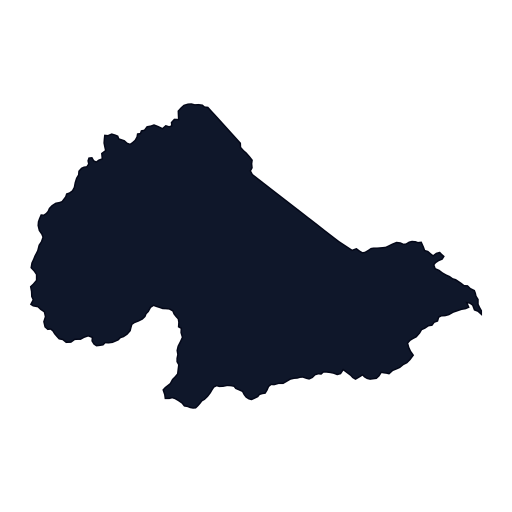 the district of Nova Friburgo, Rio de Janeiro, Brazil
{"feature_id": "56859067B93377286663386", "entity_name": "Nova Friburgo", "entity_type": "district", "adm_level": 2, "iso_a3": "BRA", "parent_name": "Brazil", "parent_adm1": "Rio de Janeiro", "projection": "robinson", "projection_center": [-42.493, -22.307], "detail": "fine", "context": "isolated", "style": "filled", "palette": "ink", "viewbox_px": 512, "rotation_deg": 0, "n_neighbors": 0, "source": "geoboundaries", "source_scale": "gbopen_adm2", "svg_char_len": 4409}
<svg xmlns="http://www.w3.org/2000/svg" viewBox="0 0 512 512"><path d="M207.8,107.4L204.5,107.1L202.3,105.2L198.6,104.7L194.7,104.9L191.4,104.0L188.0,104.2L184.0,105.4L181.3,107.8L178.3,111.1L178.5,116.0L178.7,119.6L174.4,119.4L171.5,122.5L171.8,125.8L169.2,126.9L165.8,125.8L162.5,128.7L158.1,126.6L154.0,125.0L151.0,126.1L147.1,126.8L144.5,130.3L141.4,130.9L140.5,133.6L137.6,134.0L137.1,137.0L135.2,140.4L132.6,142.7L130.1,144.4L127.0,143.3L124.3,140.8L121.7,139.9L118.7,138.9L117.7,136.2L115.3,135.2L111.7,134.1L108.0,135.7L104.8,135.4L104.4,138.9L104.1,143.0L104.8,146.5L105.7,150.6L101.8,153.5L102.3,158.9L98.8,160.2L96.3,162.1L93.6,160.8L91.9,157.8L89.0,158.1L88.1,160.8L88.8,164.0L86.8,166.9L84.1,167.2L81.6,168.3L79.0,171.2L78.7,174.9L76.7,178.2L75.3,182.6L74.4,187.4L72.5,190.9L69.6,193.0L66.7,194.0L65.8,196.8L64.0,199.2L62.1,201.7L59.5,202.6L55.8,203.3L52.1,205.7L49.5,208.4L48.2,211.4L46.4,213.5L43.8,215.3L41.2,215.0L39.6,218.7L38.5,221.8L38.2,225.5L39.4,230.5L41.9,234.1L43.1,237.1L41.5,241.8L39.2,245.2L38.5,248.0L37.8,250.7L36.4,253.5L35.1,255.9L33.7,259.4L32.0,263.0L31.2,267.7L34.3,271.0L36.6,274.4L36.6,280.4L33.4,284.2L30.7,286.7L31.6,291.5L31.8,296.5L33.3,299.8L30.9,304.3L33.2,305.8L38.0,306.7L40.8,309.4L44.4,311.8L45.5,316.7L43.9,321.7L45.1,326.9L47.8,329.3L50.7,329.0L53.0,330.9L54.7,333.7L57.1,336.5L59.2,338.8L62.8,339.5L66.2,342.3L70.9,342.1L74.6,339.4L77.6,339.2L80.5,339.2L83.9,337.3L88.2,335.8L92.4,337.4L92.1,340.9L94.0,344.0L96.5,345.7L99.2,345.4L103.0,344.8L105.1,342.6L108.4,342.8L112.4,342.3L115.7,340.9L118.2,339.8L120.3,337.6L123.4,336.6L127.0,334.2L130.1,330.7L130.8,327.8L131.8,324.3L134.4,322.5L138.3,321.0L142.3,319.0L144.9,316.5L146.0,313.7L148.2,311.5L150.5,307.3L153.5,305.3L156.5,306.4L160.0,307.5L162.8,308.5L165.9,308.6L169.3,308.9L172.9,310.9L174.1,313.9L176.3,316.7L178.3,318.8L178.9,322.2L178.6,326.8L181.3,328.3L181.1,332.6L182.5,337.3L180.7,341.3L178.2,346.2L177.2,350.5L177.9,354.5L177.1,358.4L177.1,361.7L178.8,364.7L178.1,370.4L177.7,373.9L175.2,376.9L172.6,379.5L170.4,383.6L167.5,385.9L165.3,387.6L163.2,389.9L164.8,394.6L165.3,398.4L169.2,398.4L172.2,397.6L175.0,398.5L178.3,400.4L182.1,403.0L184.4,405.9L187.5,406.4L190.3,407.5L193.1,408.0L195.6,407.8L197.7,405.8L199.9,403.3L201.8,400.8L204.4,399.3L207.5,396.3L210.2,392.8L212.0,389.7L213.8,387.0L216.6,385.6L219.4,386.4L223.2,386.2L227.1,385.4L231.0,385.6L234.1,386.2L235.8,388.4L238.9,389.7L242.6,391.4L244.2,394.5L246.2,397.1L248.9,398.8L251.5,399.5L254.4,398.2L257.7,396.6L259.4,394.4L262.4,393.5L265.1,393.1L267.0,390.0L268.5,386.5L271.0,384.4L274.1,384.6L278.6,383.3L283.1,383.3L286.4,381.4L290.3,379.1L294.2,378.2L297.3,378.0L300.0,377.2L302.8,377.0L306.6,378.3L309.1,378.9L312.3,377.4L315.0,374.7L318.3,373.7L321.1,374.0L323.3,372.0L326.7,372.0L330.0,372.4L333.6,373.1L337.2,374.5L340.5,373.6L343.2,369.6L347.2,372.6L350.8,375.3L352.8,377.5L355.5,379.1L359.6,376.7L362.6,374.8L364.5,376.8L367.2,378.4L370.1,379.1L373.1,378.7L376.3,378.3L378.9,375.9L381.2,372.3L384.1,372.8L386.6,373.1L389.0,373.7L392.6,370.4L396.3,368.9L399.7,367.4L403.2,364.5L406.8,362.7L410.0,359.5L413.2,355.2L410.4,351.2L408.7,347.5L407.5,343.1L410.1,340.2L412.9,338.5L416.2,336.8L419.6,332.9L421.5,329.6L424.7,328.2L428.4,325.7L431.9,325.2L434.1,322.2L437.5,321.0L438.6,317.2L441.2,315.8L445.1,315.6L448.8,314.6L453.2,312.1L456.5,311.0L461.4,309.3L465.5,308.6L468.7,307.2L466.6,302.5L469.9,303.1L472.7,305.1L474.5,309.9L478.0,311.2L481.3,314.2L481.3,310.7L479.5,307.5L478.0,304.3L478.0,299.5L475.9,296.1L475.3,293.3L474.3,290.6L470.1,288.5L467.5,285.9L464.0,285.7L461.1,283.4L458.0,281.3L455.6,279.7L452.5,278.8L449.5,276.6L445.9,275.0L442.4,273.0L439.0,270.4L435.1,268.7L433.7,264.8L435.5,262.6L438.5,260.6L442.1,259.1L443.8,256.4L441.5,254.4L439.7,252.5L436.4,253.4L433.1,255.9L430.4,253.8L427.8,251.5L424.6,250.6L423.3,247.0L421.2,242.3L417.9,242.7L415.5,241.8L412.0,241.5L409.2,242.2L406.1,244.1L403.4,244.4L400.4,243.0L396.6,242.5L392.4,244.2L388.8,246.0L385.8,247.4L382.1,247.8L377.3,248.2L373.7,248.2L371.1,248.6L368.5,250.4L365.1,252.4L362.5,252.9L359.7,251.3L356.4,248.8L352.1,250.4L338.9,241.7L334.7,238.5L323.9,230.2L319.5,226.7L310.4,219.6L308.1,217.9L303.0,213.9L281.8,197.5L269.5,188.0L252.3,174.6L250.3,170.9L252.0,167.8L251.6,163.7L252.1,160.2L249.6,157.0L246.1,153.0L243.3,150.6L240.5,147.4L240.3,143.2L217.5,118.0L211.6,111.6L207.8,107.4Z" fill="#0f172a" stroke="#020617" stroke-width="1.5"/></svg>